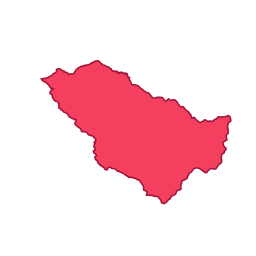 the district of Na Muen, Nan, Thailand, rotated 205°
{"feature_id": "78962969B50477560257037", "entity_name": "Na Muen", "entity_type": "district", "adm_level": 2, "iso_a3": "THA", "parent_name": "Thailand", "parent_adm1": "Nan", "projection": "albers", "projection_center": [100.638, 18.137], "detail": "fine", "context": "isolated", "style": "filled", "palette": "rose", "viewbox_px": 256, "rotation_deg": 205, "n_neighbors": 0, "source": "geoboundaries", "source_scale": "gbopen_adm2", "svg_char_len": 5814}
<svg xmlns="http://www.w3.org/2000/svg" viewBox="0 0 256 256"><g transform="rotate(205 128 128)"><path d="M227.3,135.8L226.2,135.5L225.4,134.7L224.0,134.8L223.2,134.5L222.4,134.8L221.8,134.5L220.9,134.6L219.6,133.8L218.9,133.9L217.3,132.9L216.4,132.7L215.7,131.8L214.3,131.4L213.9,131.5L213.7,132.1L212.2,131.9L213.7,129.6L213.6,128.3L213.8,127.0L213.6,126.6L212.0,126.0L211.2,126.1L210.1,125.1L209.7,124.2L208.0,122.7L207.6,122.7L206.9,122.2L206.5,122.3L206.1,121.8L204.8,121.6L203.6,122.2L203.1,122.2L201.4,120.9L200.5,120.8L200.5,119.5L199.5,118.2L199.3,116.9L197.0,116.7L196.3,116.2L195.6,116.0L193.8,115.9L192.9,115.3L190.4,115.4L188.9,115.1L185.7,113.1L184.7,113.3L182.9,112.9L182.0,113.3L180.2,112.8L179.5,113.6L178.9,113.7L178.7,113.1L178.1,112.6L178.1,110.6L178.3,109.9L177.4,108.9L176.5,108.7L176.1,108.4L175.3,108.4L174.7,107.9L170.9,107.4L170.0,106.8L168.7,105.2L167.6,105.4L167.0,105.9L165.6,106.0L165.0,106.5L163.8,106.8L162.9,106.4L162.8,106.1L162.3,105.7L161.6,105.4L161.1,105.4L160.6,105.1L159.7,105.4L158.7,105.3L158.4,105.7L156.1,105.7L155.3,105.4L155.1,105.1L154.4,105.1L154.3,104.8L153.4,104.6L152.6,104.0L152.4,104.2L151.9,103.7L151.9,102.7L152.1,102.4L151.9,102.3L152.2,102.3L152.3,102.1L152.0,101.5L152.2,101.3L152.1,101.0L152.5,101.0L152.6,100.7L151.8,99.9L151.6,99.9L151.7,99.7L151.4,99.4L151.6,98.6L151.1,97.0L150.9,96.9L151.0,96.7L150.4,96.2L149.7,96.0L149.1,95.9L149.1,95.2L148.7,95.1L148.6,94.8L149.0,93.6L149.7,92.5L149.1,92.2L149.0,91.7L148.3,90.9L146.7,90.6L144.9,90.0L145.1,88.7L145.9,87.9L145.6,87.3L144.8,86.6L144.5,86.0L143.7,85.6L143.2,85.9L142.8,85.7L142.8,85.4L141.7,85.4L141.2,84.2L140.2,83.6L139.4,83.6L138.5,82.5L137.6,82.9L137.2,82.8L136.9,82.3L135.1,82.4L134.1,82.0L133.5,82.1L133.4,81.9L133.0,81.9L132.5,81.7L131.9,81.0L131.0,80.7L129.8,80.9L129.0,81.6L129.6,82.5L128.4,84.6L127.1,84.9L125.9,84.5L125.1,84.5L123.5,85.4L121.5,85.2L119.0,84.3L118.0,85.1L116.6,84.6L114.6,85.0L113.4,84.7L112.2,84.9L110.4,84.2L108.5,84.2L108.2,83.9L107.0,83.9L106.6,83.6L106.2,83.7L105.8,83.7L105.5,84.3L104.5,84.4L103.9,85.0L103.2,84.8L102.7,85.2L102.0,85.2L101.7,85.0L100.4,85.4L98.7,85.3L98.0,85.0L97.4,85.5L96.4,85.2L95.3,85.6L94.3,84.8L94.0,84.3L93.2,84.1L92.6,83.6L91.7,83.4L91.4,82.8L90.1,82.4L88.6,80.7L88.4,79.4L87.9,79.2L87.3,78.3L86.9,78.2L86.3,78.4L83.9,78.6L83.7,77.6L82.8,75.9L83.1,75.2L83.1,74.9L82.0,75.1L81.0,76.1L78.9,76.3L78.2,77.0L74.8,77.4L71.9,78.4L67.7,76.5L66.6,75.0L65.7,74.3L63.5,74.6L63.1,75.2L63.2,75.7L62.3,76.1L61.9,76.6L60.8,80.8L60.0,81.2L59.9,81.6L59.9,84.6L58.7,85.7L58.0,86.9L57.4,87.4L57.0,88.1L56.9,89.6L57.4,90.7L56.2,93.0L54.2,94.4L54.3,95.4L55.7,97.6L55.7,98.4L56.2,99.7L56.1,100.9L56.7,102.9L56.4,103.4L54.8,104.7L54.3,106.0L53.6,106.6L53.1,107.8L53.6,109.0L53.2,111.0L53.5,112.3L51.8,115.3L51.3,118.7L49.0,120.9L47.1,121.4L44.0,121.2L41.8,120.7L40.7,120.7L39.6,120.0L38.7,120.6L37.9,120.7L37.7,121.4L37.7,122.7L36.9,123.6L36.8,124.7L36.1,126.0L35.1,126.5L31.7,127.6L31.0,128.2L31.0,129.8L30.7,130.5L30.5,132.0L29.6,134.5L28.7,136.0L29.3,138.4L30.0,139.0L30.9,140.5L31.4,142.4L31.8,142.8L31.9,143.8L31.5,144.7L30.9,145.0L30.8,145.6L30.5,145.7L30.4,147.1L31.1,148.1L30.4,148.6L30.2,150.1L30.8,151.3L32.4,151.2L33.0,151.9L33.8,152.4L35.9,154.7L35.8,155.1L33.3,159.2L35.0,161.1L35.7,162.6L35.7,163.8L35.1,165.1L35.3,166.7L35.9,167.3L36.2,168.2L36.9,168.9L36.9,169.5L38.4,171.2L38.7,173.1L39.2,174.2L39.1,175.4L38.4,176.4L37.8,178.1L39.1,180.0L40.0,180.9L40.7,181.4L42.4,181.7L42.9,181.4L43.1,180.4L44.7,179.5L45.5,178.7L47.2,178.0L49.7,176.6L51.0,176.3L51.5,175.3L51.2,174.3L51.8,173.8L52.0,173.1L53.2,172.4L53.3,172.1L53.2,171.5L53.8,170.9L53.8,170.4L55.1,169.2L57.2,168.9L57.4,168.2L58.3,167.7L59.5,167.7L61.0,168.1L62.0,167.8L62.4,167.4L62.7,166.1L63.7,165.1L64.0,164.4L64.8,163.6L65.6,163.3L68.2,164.1L70.3,164.4L71.2,165.2L72.7,165.5L73.0,165.4L73.3,164.5L74.4,164.2L76.3,165.8L76.6,166.6L77.4,166.7L78.5,167.3L79.0,167.2L79.4,168.0L84.1,169.1L86.0,170.3L86.9,170.6L87.5,170.6L88.8,169.3L89.4,169.4L90.6,170.1L92.7,170.9L94.0,172.1L96.9,173.2L97.9,173.2L98.7,172.9L100.9,171.1L101.5,171.1L103.0,171.6L103.6,171.5L105.1,168.4L105.4,168.2L106.2,168.3L108.7,169.8L110.0,170.1L114.0,168.5L117.2,165.9L118.0,165.6L123.9,168.4L127.6,168.1L131.4,169.1L134.2,169.6L135.8,170.3L137.1,170.5L139.3,170.3L142.2,169.2L143.0,169.0L145.9,171.7L147.6,172.7L147.9,173.2L147.9,174.5L150.0,174.1L150.8,175.9L152.0,175.8L152.2,176.1L152.0,176.8L152.5,176.8L152.7,177.0L152.9,176.9L152.9,176.5L153.2,176.3L153.0,175.9L154.8,176.3L154.9,175.4L155.6,175.6L156.1,175.5L156.7,175.9L156.9,175.8L157.7,175.9L158.3,175.1L158.8,174.9L158.6,174.6L158.9,174.5L158.7,174.2L159.0,173.8L159.5,174.0L159.5,173.7L160.1,173.8L160.6,173.6L160.6,173.9L161.1,174.0L161.1,174.5L161.4,174.7L161.6,174.4L161.8,174.5L161.8,174.1L162.6,174.4L162.8,174.0L163.1,174.1L163.3,173.8L164.3,173.8L164.5,173.6L165.2,173.7L165.7,173.2L167.2,173.6L168.3,174.5L168.9,174.3L169.3,174.6L170.4,174.7L171.0,174.9L171.8,174.9L172.1,175.1L174.0,174.5L174.6,174.9L175.7,175.0L177.2,174.4L178.4,174.8L178.6,175.1L179.9,174.8L180.7,175.6L181.6,175.7L182.6,176.3L183.3,176.3L184.4,175.8L186.1,174.7L187.2,173.2L187.3,172.5L188.6,171.7L188.7,171.0L189.2,170.6L189.5,169.9L190.6,168.5L192.6,167.4L193.2,166.2L194.1,166.2L194.8,165.8L195.6,164.2L196.4,164.2L196.9,163.9L197.4,162.7L198.0,162.2L199.1,159.9L199.6,159.3L199.7,157.1L200.0,156.5L199.9,155.8L200.3,155.1L200.2,154.3L200.4,154.0L201.4,153.3L203.0,152.8L203.8,152.2L204.0,151.5L204.4,151.3L206.0,152.4L206.7,152.6L209.4,151.8L210.2,152.7L211.2,152.1L212.2,152.2L213.1,152.7L213.7,152.5L214.4,152.9L216.9,151.8L217.6,150.7L216.7,149.7L216.8,148.5L217.6,146.9L219.0,145.1L219.0,144.4L219.6,143.0L221.0,141.4L221.8,140.0L223.4,138.7L223.7,138.1L225.6,137.2L225.7,136.7L226.7,136.3L227.3,135.8Z" fill="#f43f5e" stroke="#9f1239" stroke-width="1.5"/></g></svg>